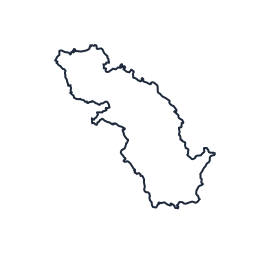 an SVG outline of Chhattisgarh, rotated 118°
{"feature_id": "IND-3260", "entity_name": "Chhattisgarh", "entity_type": "State", "adm_level": 1, "iso_a3": "IND", "parent_name": "India", "parent_adm1": "", "projection": "albers", "projection_center": [82.048, 20.958], "detail": "fine", "context": "isolated", "style": "outline", "palette": "slate", "viewbox_px": 256, "rotation_deg": 118, "n_neighbors": 0, "source": "natural_earth", "source_scale": "10m", "svg_char_len": 5805}
<svg xmlns="http://www.w3.org/2000/svg" viewBox="0 0 256 256"><g transform="rotate(118 128 128)"><path d="M150.4,38.3L153.0,37.5L154.1,36.9L154.9,35.5L155.1,34.1L156.5,33.0L157.2,31.3L158.7,31.7L160.4,31.9L162.1,33.0L162.4,33.5L162.5,35.5L162.9,36.8L163.4,37.4L167.8,41.5L168.4,43.4L168.0,44.7L168.0,45.2L168.7,46.9L169.2,47.7L170.0,48.0L171.5,47.9L173.5,48.6L173.7,48.2L173.6,47.2L173.7,46.8L175.0,46.2L175.5,46.3L175.8,47.5L176.3,48.5L176.3,48.9L174.6,51.3L174.4,54.1L174.6,54.7L174.8,54.8L175.7,54.0L176.0,53.9L176.4,54.1L176.7,54.8L177.0,56.3L176.9,58.7L176.6,60.0L176.8,61.3L177.3,61.9L178.5,63.1L179.3,65.7L179.8,65.9L180.1,65.9L180.3,64.9L182.1,65.8L183.7,65.6L185.0,66.0L185.3,66.5L185.5,67.4L185.9,68.4L186.0,69.0L185.2,70.2L183.4,71.7L182.5,72.2L181.5,74.7L179.3,76.5L177.8,76.6L177.0,77.6L175.9,78.3L175.4,80.2L176.0,81.4L176.2,82.7L176.0,83.4L175.1,84.6L174.4,85.0L171.9,85.6L168.5,88.4L165.8,89.7L163.9,92.3L163.6,93.1L164.3,94.0L164.3,94.5L163.0,95.4L162.7,97.1L163.0,97.6L164.4,98.6L164.1,100.0L164.2,100.7L164.0,101.3L163.0,101.4L162.7,102.4L162.0,102.1L161.5,102.3L161.3,103.9L158.3,109.1L157.6,111.5L157.6,112.6L157.8,113.2L159.0,114.3L159.3,114.8L159.4,115.8L159.1,116.4L158.6,116.5L156.9,115.8L156.3,115.8L155.8,116.6L155.7,117.9L154.8,119.1L154.0,121.5L153.4,122.5L152.5,123.1L150.4,123.2L149.5,122.5L148.7,122.2L148.1,121.6L147.4,121.3L143.4,122.0L142.5,122.4L141.4,121.9L138.7,122.2L138.3,122.5L138.4,123.6L137.9,124.4L137.3,126.1L136.0,128.2L135.7,128.7L134.7,129.1L133.2,131.2L131.9,131.9L131.6,131.6L131.6,130.9L131.5,130.7L130.3,130.4L129.9,130.7L129.9,134.5L130.5,136.9L129.8,140.8L130.3,142.0L130.7,141.8L130.9,142.0L131.2,143.3L131.5,143.5L132.0,143.2L132.1,143.5L131.8,147.3L132.3,148.3L132.5,152.0L131.9,154.4L132.0,155.2L133.4,155.8L134.2,156.5L136.2,156.6L137.5,157.6L138.7,157.1L139.9,157.2L140.1,158.2L139.6,160.4L140.5,161.8L139.9,162.4L138.4,163.1L137.0,164.2L136.5,164.3L136.5,164.1L136.6,162.0L135.1,161.8L133.7,161.1L130.4,160.8L129.9,161.2L129.1,162.5L128.8,162.6L128.4,162.2L126.3,158.1L125.9,157.9L124.8,157.9L124.3,157.1L122.7,155.6L122.1,155.5L121.4,156.7L120.7,156.9L120.4,155.9L119.0,154.3L118.5,154.0L118.1,154.3L117.2,155.4L116.3,155.8L114.9,158.3L114.8,158.9L114.9,159.6L115.7,160.5L118.1,161.8L119.0,163.4L120.7,163.9L121.1,164.3L120.9,166.5L121.3,168.3L121.0,169.6L121.0,172.2L122.2,172.6L123.1,174.3L124.4,174.7L124.9,175.3L124.9,175.9L124.0,176.8L125.0,178.0L124.3,179.8L124.3,180.8L124.9,182.6L124.7,183.9L125.7,184.8L125.9,185.9L126.6,187.2L126.5,190.0L125.4,190.8L124.9,191.5L124.5,194.0L124.1,195.3L122.9,194.6L122.1,196.2L121.4,196.5L119.8,196.8L119.2,197.2L118.4,198.3L117.3,198.8L117.4,199.3L118.4,200.0L118.6,200.8L116.9,202.0L115.6,203.5L114.1,204.7L112.4,207.4L110.7,208.0L109.8,209.1L108.3,209.8L107.2,209.8L106.9,210.0L106.0,211.9L106.4,213.1L105.8,215.4L105.1,216.4L105.1,218.2L104.9,219.2L104.3,220.3L104.0,221.7L103.6,221.7L103.0,221.4L102.6,221.5L102.4,222.9L102.5,223.9L98.2,223.9L95.7,222.9L92.4,224.7L92.0,224.7L91.1,223.8L90.7,222.8L90.5,219.0L89.7,217.1L89.4,215.9L89.4,215.3L90.1,213.7L90.0,213.4L89.3,213.2L87.5,213.7L87.1,213.2L86.8,211.6L86.2,211.4L85.9,211.5L85.4,212.8L83.8,212.8L83.4,212.2L83.5,211.6L84.6,210.8L84.7,210.3L83.9,208.9L82.8,205.8L81.6,204.2L79.3,201.4L76.9,199.6L75.8,199.4L74.3,199.9L73.8,199.8L73.5,199.2L73.2,199.1L72.6,199.8L71.7,198.3L71.5,197.0L71.2,196.3L70.7,196.0L70.3,196.1L70.0,195.1L70.0,194.8L70.4,194.2L72.3,193.1L72.6,192.5L72.5,191.9L70.8,189.8L70.4,189.0L70.4,188.0L71.0,186.8L72.6,184.9L73.2,183.8L74.3,179.8L75.6,179.2L76.5,177.4L77.6,177.0L78.6,175.7L79.3,175.5L79.6,175.9L80.0,177.1L80.5,177.8L82.2,177.7L83.4,179.5L84.6,178.4L86.6,177.4L86.6,177.0L85.9,175.8L85.9,175.3L87.7,174.8L88.3,174.2L88.5,173.3L88.0,172.1L86.8,171.0L85.9,170.8L84.6,169.9L82.9,169.3L82.5,168.6L82.2,166.9L82.0,166.5L79.3,165.3L78.3,162.8L77.8,162.6L77.3,162.8L76.9,163.3L76.9,164.0L76.6,164.1L75.3,163.9L74.7,163.6L74.6,163.3L74.9,162.9L76.4,162.2L76.8,161.4L76.7,161.0L75.2,160.4L75.2,160.0L75.7,159.1L76.1,158.8L77.5,159.5L78.2,159.5L78.9,155.6L78.2,152.9L75.0,152.5L74.9,152.0L75.2,151.0L75.2,149.9L75.7,149.3L78.3,148.9L79.8,147.6L80.9,147.2L81.0,146.7L80.6,144.9L80.7,143.0L81.3,141.5L80.9,140.8L81.0,138.9L80.7,138.6L79.5,138.3L77.9,139.1L77.3,138.8L77.4,138.2L77.7,137.5L79.4,136.6L79.6,135.8L79.1,133.3L79.0,129.1L78.5,128.5L77.5,128.8L76.8,128.6L76.2,127.9L75.7,126.6L76.5,122.5L77.2,121.5L79.0,120.4L81.2,119.3L82.4,118.2L82.7,117.5L82.7,116.0L84.0,112.3L83.9,108.9L84.3,105.0L84.6,104.1L85.0,103.7L85.9,103.6L86.4,103.2L86.9,102.3L87.4,101.0L87.3,97.8L89.3,93.7L89.7,93.4L90.1,93.3L90.6,93.5L91.3,94.7L91.8,94.8L92.0,94.4L92.1,94.0L91.6,92.9L92.4,92.4L92.9,89.9L93.5,89.2L94.7,88.5L95.4,87.4L95.5,84.2L95.7,83.5L96.7,82.2L97.0,81.8L97.6,81.7L98.0,82.6L98.6,82.9L99.8,82.1L101.0,81.9L101.7,81.3L102.1,81.3L102.8,81.8L103.4,82.8L103.8,83.1L104.6,82.7L107.2,80.6L109.0,80.2L110.1,79.7L110.4,78.4L110.9,77.9L112.5,76.7L113.2,76.6L113.6,76.2L113.4,74.6L114.1,73.8L113.9,71.0L114.2,70.5L116.4,69.6L118.5,67.7L118.6,67.2L118.3,65.5L118.6,64.7L119.2,64.3L120.7,63.9L122.1,63.0L122.6,62.9L123.7,63.1L124.1,62.6L124.5,61.5L124.7,59.6L125.4,57.3L125.3,56.6L125.0,56.1L123.6,55.0L122.9,54.7L121.3,55.0L121.1,54.9L120.9,54.3L119.9,53.9L118.1,51.0L117.5,50.7L116.2,50.6L113.4,49.5L113.0,49.5L110.6,51.2L110.2,51.4L109.8,51.2L108.7,49.0L109.4,48.0L109.5,47.0L110.5,46.3L111.4,45.0L111.4,44.6L110.1,41.5L109.7,41.0L109.8,39.9L109.6,39.7L110.2,39.1L111.3,39.1L113.0,41.0L114.0,41.7L114.8,41.9L115.6,41.9L118.4,40.5L120.3,40.6L122.3,41.7L125.8,41.7L127.4,42.2L131.7,42.2L134.0,42.5L134.9,42.5L135.9,41.6L138.0,40.6L138.2,40.3L138.4,39.1L138.8,38.8L141.5,37.8L141.8,37.5L142.0,36.2L142.4,35.6L143.5,35.9L145.0,37.3L146.2,38.0L146.9,38.2L149.1,38.1L150.4,38.3Z" fill="none" stroke="#1e293b" stroke-width="2"/></g></svg>